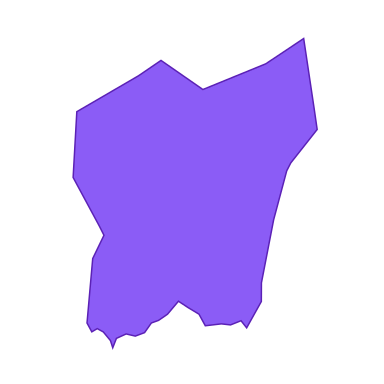 Encanto, Rio Grande do Norte, Brazil (Natural Earth projection), rotated 184°
{"feature_id": "56859067B83972038647680", "entity_name": "Encanto", "entity_type": "district", "adm_level": 2, "iso_a3": "BRA", "parent_name": "Brazil", "parent_adm1": "Rio Grande do Norte", "projection": "natural_earth1", "projection_center": [-38.305, -6.133], "detail": "fine", "context": "isolated", "style": "filled", "palette": "violet", "viewbox_px": 384, "rotation_deg": 184, "n_neighbors": 0, "source": "geoboundaries", "source_scale": "gbopen_adm2", "svg_char_len": 611}
<svg xmlns="http://www.w3.org/2000/svg" viewBox="0 0 384 384"><g transform="rotate(184 192 192)"><path d="M128.0,60.3L115.2,87.6L116.4,106.2L108.6,170.1L99.0,219.7L95.5,227.9L71.5,263.1L76.0,283.9L91.3,352.9L127.4,325.0L188.3,295.0L232.1,321.1L253.5,304.2L312.5,264.1L311.6,198.2L282.1,151.6L276.8,142.7L286.4,118.7L287.6,54.0L282.2,45.5L277.0,49.1L270.7,46.2L263.0,38.1L260.2,31.1L257.2,40.7L247.8,45.8L238.5,44.3L229.5,48.4L223.4,58.5L216.4,61.6L207.9,68.4L197.9,82.1L188.0,76.5L176.5,70.6L169.4,59.5L153.5,62.5L144.3,62.1L134.1,67.0L128.0,60.3Z" fill="#8b5cf6" stroke="#5b21b6" stroke-width="1.5"/></g></svg>